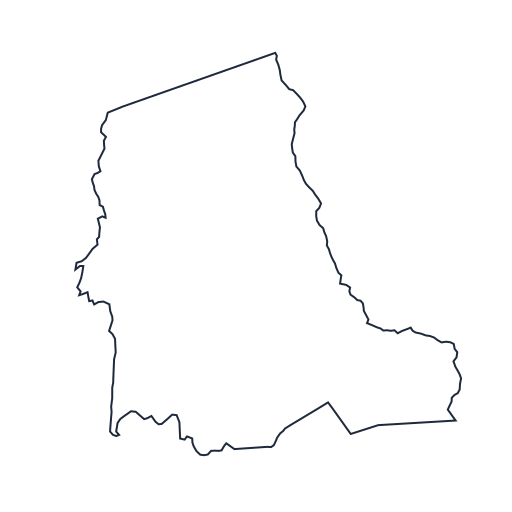 outline of Iracema, Ceará, Brazil, rotated 350°
{"feature_id": "56859067B18871619183331", "entity_name": "Iracema", "entity_type": "district", "adm_level": 2, "iso_a3": "BRA", "parent_name": "Brazil", "parent_adm1": "Ceará", "projection": "natural_earth1", "projection_center": [-38.338, -5.764], "detail": "fine", "context": "isolated", "style": "outline", "palette": "slate", "viewbox_px": 512, "rotation_deg": 350, "n_neighbors": 0, "source": "geoboundaries", "source_scale": "gbopen_adm2", "svg_char_len": 2968}
<svg xmlns="http://www.w3.org/2000/svg" viewBox="0 0 512 512"><g transform="rotate(350 256 256)"><path d="M134.9,89.1L131.7,96.1L127.2,100.3L125.6,103.6L124.9,107.2L128.9,112.6L126.2,116.1L125.7,120.3L125.4,124.0L120.6,130.4L117.3,134.9L116.8,140.2L117.5,145.5L114.5,146.7L111.2,147.3L107.7,151.9L108.0,155.7L108.6,159.2L108.4,162.9L109.5,167.1L110.9,170.3L111.5,173.9L110.9,178.7L113.8,180.9L114.2,185.1L114.8,188.6L114.5,192.2L111.5,190.3L106.7,191.8L107.3,200.6L105.7,206.2L104.8,210.0L102.2,211.9L101.9,217.3L96.4,220.5L92.0,224.8L88.2,228.4L83.4,230.9L78.1,231.5L75.8,238.0L80.9,235.3L84.2,235.9L81.9,242.6L79.8,247.7L77.4,251.8L74.5,255.8L77.1,260.4L75.1,263.9L78.9,263.4L83.8,262.4L83.8,267.9L83.9,271.5L87.2,271.4L88.2,275.6L92.8,274.0L97.9,274.4L103.2,278.1L102.9,285.0L103.9,290.9L103.5,294.5L98.3,304.3L101.1,308.0L102.8,313.0L101.7,321.4L101.1,326.6L98.3,333.1L94.1,352.3L93.4,355.9L91.6,360.5L89.7,371.1L87.2,379.2L86.7,384.5L85.2,390.1L82.7,399.8L81.8,403.5L84.0,407.2L87.0,409.0L90.1,408.4L87.8,404.6L90.7,396.4L94.1,392.9L99.1,390.4L102.4,388.9L105.9,387.2L110.5,388.5L117.5,397.2L120.6,396.9L125.2,395.4L126.7,398.5L128.2,401.7L130.9,404.8L134.0,405.0L140.2,401.3L145.9,397.7L150.2,398.9L151.7,406.4L149.6,422.6L153.8,424.4L156.7,421.7L161.5,424.6L161.0,428.8L161.6,432.6L163.5,437.8L166.6,442.0L170.6,443.2L174.1,443.1L177.9,440.1L182.0,440.6L185.3,441.4L188.3,441.5L191.4,437.8L194.2,435.3L201.2,442.4L233.9,445.9L237.7,446.8L240.8,445.3L243.1,442.0L245.5,438.3L249.0,434.9L252.4,433.0L254.7,430.9L261.4,428.2L289.3,417.5L301.5,412.7L304.4,418.4L318.4,447.7L347.0,443.8L424.0,452.7L418.2,440.6L420.8,436.8L423.3,433.4L424.2,429.6L427.4,427.3L430.9,426.1L433.4,422.8L434.7,417.4L436.7,412.1L435.9,407.5L434.8,404.2L433.1,399.6L432.2,394.0L435.9,390.6L437.5,385.7L435.5,382.0L435.5,377.0L432.4,374.7L428.2,373.4L423.7,373.3L420.1,370.3L417.2,367.2L413.4,365.0L409.2,363.6L405.0,361.1L399.8,359.0L397.2,356.7L395.9,353.4L392.2,354.2L387.1,355.1L382.1,356.7L379.5,353.2L375.9,353.1L372.2,351.9L368.4,351.5L366.1,349.0L362.8,347.3L357.9,344.0L353.7,341.4L355.7,338.1L354.1,333.1L352.7,328.9L353.0,325.1L353.0,321.2L351.2,318.2L348.1,317.0L345.6,313.7L342.4,310.5L341.8,307.0L343.2,303.4L339.8,300.1L334.0,297.8L335.3,293.8L336.7,289.8L334.3,286.9L333.0,281.5L332.5,277.0L331.3,273.8L330.2,270.0L329.4,266.0L329.0,262.0L327.6,258.0L328.7,253.9L328.5,248.7L327.4,244.3L327.0,240.3L324.0,236.6L322.2,231.9L322.2,227.4L323.1,222.3L326.7,219.6L329.2,215.5L327.1,210.0L324.9,205.8L323.3,201.8L319.9,197.0L317.8,193.7L316.4,189.8L315.5,185.3L314.0,179.5L311.3,174.9L311.3,169.7L312.1,164.6L310.2,160.5L310.3,156.9L310.6,152.1L313.3,146.1L315.3,141.7L315.6,138.1L316.8,134.6L317.6,131.0L320.0,128.7L323.2,125.1L328.2,121.0L330.6,117.2L329.2,112.1L327.0,107.7L324.2,103.3L321.3,99.1L317.7,97.5L315.3,93.2L311.7,87.6L311.5,81.6L311.7,77.1L311.2,71.6L309.9,66.0L311.3,62.5L310.2,59.3L151.2,85.6L134.9,89.1Z" fill="none" stroke="#1e293b" stroke-width="2"/></g></svg>